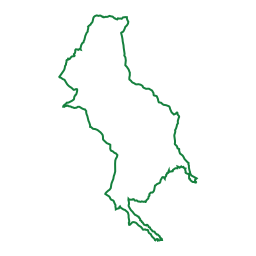 outline of Suratá, Santander, Colombia
{"feature_id": "7082276B18867308996303", "entity_name": "Suratá", "entity_type": "district", "adm_level": 2, "iso_a3": "COL", "parent_name": "Colombia", "parent_adm1": "Santander", "projection": "natural_earth1", "projection_center": [-72.981, 7.457], "detail": "fine", "context": "isolated", "style": "outline", "palette": "green", "viewbox_px": 256, "rotation_deg": 0, "n_neighbors": 0, "source": "geoboundaries", "source_scale": "gbopen_adm2", "svg_char_len": 5843}
<svg xmlns="http://www.w3.org/2000/svg" viewBox="0 0 256 256"><path d="M195.2,182.5L195.8,182.6L196.1,182.1L195.9,181.7L195.1,181.1L195.0,180.2L195.4,179.1L196.3,178.8L196.7,178.4L191.4,175.5L190.3,173.6L190.1,172.8L190.0,171.9L189.5,170.6L188.9,167.5L188.9,165.5L188.4,164.3L188.6,163.1L188.5,162.8L187.7,162.4L184.6,159.1L183.4,156.7L182.6,155.5L180.0,153.5L179.3,151.3L179.1,150.2L179.2,149.2L179.0,148.9L177.6,148.4L177.3,147.7L177.0,146.3L174.9,144.2L174.8,143.7L175.0,142.7L175.0,140.8L174.3,135.8L174.4,134.8L175.1,132.6L175.3,131.1L175.1,130.4L175.3,129.7L176.0,128.6L176.8,126.0L176.9,125.0L177.2,124.3L177.9,123.5L177.8,121.0L178.7,117.9L179.1,117.1L179.1,116.4L178.9,116.0L177.6,114.5L177.4,112.8L177.0,112.5L175.3,113.9L173.9,114.5L171.6,112.3L170.2,109.2L169.7,107.3L169.3,106.6L168.8,106.2L166.1,105.2L163.6,104.8L162.5,104.1L161.2,102.8L158.8,102.3L158.2,100.7L158.0,99.2L156.8,96.3L155.8,95.8L154.5,95.6L153.8,95.3L153.6,94.9L153.5,93.1L152.1,90.6L148.9,88.7L146.0,88.8L143.8,87.8L143.1,87.3L142.5,85.9L140.6,84.7L138.4,84.2L136.8,84.4L135.5,84.2L134.5,83.4L132.5,82.5L131.9,82.0L130.9,80.7L129.5,79.6L129.3,79.2L129.4,77.1L129.8,75.5L129.8,72.4L129.4,71.8L129.1,70.7L128.5,69.3L126.8,66.8L125.6,65.6L125.3,65.2L125.8,60.4L125.4,57.4L124.3,55.5L124.6,53.9L123.7,47.8L123.5,45.3L122.7,41.3L122.5,39.1L121.9,36.0L121.1,33.0L121.6,32.4L122.7,32.0L123.6,31.0L124.6,28.9L125.3,26.9L126.8,25.5L128.0,23.6L128.3,21.7L127.5,20.3L126.9,18.6L126.9,17.2L125.5,17.1L123.0,17.4L121.7,18.8L120.5,18.5L118.9,18.6L118.0,18.3L117.3,19.4L116.1,19.1L115.1,18.4L114.6,18.4L112.6,16.6L111.2,16.4L109.5,15.9L107.6,16.8L106.5,16.9L105.7,16.8L104.4,17.2L103.7,17.2L103.2,17.1L102.7,16.5L102.4,16.5L102.4,16.8L102.2,16.7L100.6,15.6L99.6,15.6L98.5,15.9L96.8,15.4L95.1,16.0L94.2,16.7L93.8,17.1L93.4,17.9L92.5,21.8L92.1,22.5L91.0,23.6L90.6,24.6L90.0,24.9L89.6,25.4L88.8,25.8L88.1,26.7L88.3,26.9L88.2,28.4L87.7,30.6L87.7,31.6L86.6,32.9L85.3,35.9L84.4,39.8L83.8,40.9L83.5,42.4L82.6,42.9L82.2,43.3L81.2,45.2L80.5,48.3L80.5,49.1L80.7,49.6L79.3,49.1L78.2,49.9L77.6,49.5L75.9,49.3L75.2,50.2L75.3,51.6L74.9,53.1L74.2,53.9L73.9,54.1L73.9,54.4L74.6,55.6L74.5,55.9L74.2,56.2L72.0,56.4L70.9,57.3L69.9,58.8L68.9,59.3L68.6,58.7L68.1,58.6L67.6,59.8L66.7,60.1L66.5,60.5L66.5,62.1L66.0,63.4L66.0,64.4L65.7,65.1L65.0,66.1L64.8,67.8L64.3,69.6L63.4,71.1L59.3,76.9L59.7,77.4L61.1,77.8L62.6,79.0L64.5,79.8L67.0,84.0L67.9,85.1L69.3,86.4L71.5,87.8L73.6,89.8L74.7,89.7L76.0,89.1L76.6,89.1L77.1,89.3L77.2,90.2L77.0,91.7L76.4,93.9L76.1,94.5L75.4,95.0L75.4,95.4L74.6,96.2L74.3,96.9L74.0,99.0L73.8,99.5L72.0,100.8L68.5,102.6L66.7,102.7L65.8,104.0L64.4,104.8L64.4,105.0L64.6,105.3L64.4,105.7L63.6,105.8L63.3,106.1L63.2,106.7L64.4,106.8L65.3,106.0L66.9,105.9L67.7,105.5L68.6,106.2L70.7,106.5L71.7,107.2L72.7,107.3L74.2,108.0L76.5,107.7L77.8,106.8L79.4,106.8L82.3,108.6L83.5,109.1L85.1,109.5L85.4,110.1L86.2,111.0L86.2,112.6L86.6,114.3L87.3,115.9L88.5,120.9L89.1,122.1L90.1,125.2L90.1,126.9L91.1,127.1L93.0,128.8L95.3,129.1L97.5,130.0L100.7,132.5L102.5,134.7L102.9,136.1L103.0,138.3L103.1,139.5L103.4,139.9L106.7,143.1L110.0,144.5L110.3,144.8L110.3,147.5L110.2,148.7L110.8,150.4L111.4,150.9L112.6,151.2L114.5,152.9L115.8,153.3L117.4,155.1L117.2,155.5L117.1,156.5L116.6,157.6L116.0,158.4L115.3,160.4L115.1,163.6L115.2,171.5L114.5,174.2L113.8,176.1L113.3,179.0L111.7,182.9L111.3,184.4L110.9,187.3L110.7,188.2L109.5,189.8L108.4,190.5L106.3,192.4L105.4,193.5L105.3,194.0L109.1,196.4L109.9,197.4L110.3,198.6L111.2,199.7L113.2,200.5L113.6,200.9L114.7,203.6L115.5,205.1L115.4,206.7L115.7,208.0L115.8,209.4L117.2,208.7L118.9,208.3L119.4,207.0L120.0,206.4L120.6,207.6L123.5,209.5L124.9,209.9L127.6,212.2L128.0,212.9L128.6,215.2L128.6,217.4L129.3,221.3L128.8,222.8L129.1,224.8L129.5,224.9L130.0,224.7L131.8,222.8L132.4,222.3L133.2,222.1L134.3,222.2L135.8,222.7L136.5,223.2L138.5,225.4L141.2,227.1L141.5,227.7L142.0,228.1L142.5,229.0L143.1,229.7L145.2,229.4L146.0,229.9L147.4,229.9L147.9,230.1L148.6,232.3L149.1,233.1L150.9,234.2L151.1,234.9L152.0,236.5L154.3,238.7L154.7,239.3L155.0,240.1L155.4,240.3L155.7,239.8L156.4,239.5L156.6,239.2L157.1,239.3L157.4,239.1L157.9,239.3L157.8,240.2L157.9,240.6L158.7,240.3L159.6,240.4L160.1,240.0L162.0,240.0L161.8,238.9L161.0,238.2L160.2,238.0L159.7,236.3L158.7,235.6L158.1,234.8L157.7,234.5L156.8,234.5L156.5,234.0L155.6,233.5L154.5,231.7L152.6,231.3L151.6,229.9L150.6,229.1L150.1,228.1L150.0,227.5L148.8,227.1L148.2,225.7L147.3,224.9L146.7,224.9L146.4,225.4L144.1,224.7L142.5,222.3L141.9,222.1L141.3,220.8L140.2,220.3L140.2,219.2L139.7,218.3L139.2,218.0L139.1,217.4L138.6,217.0L138.5,216.6L137.7,216.4L136.6,215.5L135.0,214.8L133.6,213.2L132.7,211.9L130.9,210.1L129.8,208.3L128.7,206.2L128.6,205.1L129.0,204.1L129.0,203.7L128.9,202.0L128.4,200.0L128.5,198.8L129.2,199.6L130.1,199.7L132.3,199.7L132.9,199.2L133.7,199.2L134.7,200.5L135.7,200.6L136.7,200.4L138.1,201.5L139.3,201.5L140.2,201.8L140.9,201.8L141.6,201.4L143.6,201.8L144.8,201.5L145.4,202.0L145.6,202.0L146.5,200.2L148.3,198.5L148.6,196.5L149.1,196.2L149.5,195.4L149.5,194.9L149.3,194.4L149.6,193.7L151.0,192.5L152.5,192.5L152.9,192.2L153.8,191.0L154.2,189.9L155.0,185.6L155.5,185.5L156.8,184.2L159.7,182.9L160.3,181.9L160.6,180.2L162.2,177.4L162.7,177.1L163.6,177.2L164.8,178.8L165.0,177.3L165.4,176.9L166.2,175.8L166.2,174.6L166.8,174.1L167.1,173.1L168.2,172.9L168.4,171.5L168.9,170.3L169.1,171.8L169.3,171.9L170.1,171.6L171.2,171.5L171.6,171.2L172.6,171.3L172.8,171.0L173.0,169.9L175.1,168.4L175.9,168.2L177.4,168.3L177.8,167.2L177.6,166.5L178.6,166.9L179.7,167.7L180.6,166.8L181.3,166.4L182.1,167.2L182.6,167.2L183.4,166.9L184.2,168.2L185.5,168.5L185.1,169.7L185.7,171.5L185.5,172.4L185.8,172.9L186.6,173.4L188.0,173.9L188.9,173.7L189.1,174.7L189.1,178.1L189.2,178.7L190.0,179.0L190.4,180.2L192.1,181.6L192.8,182.0L194.1,182.0L195.2,182.5Z" fill="none" stroke="#15803d" stroke-width="2"/></svg>